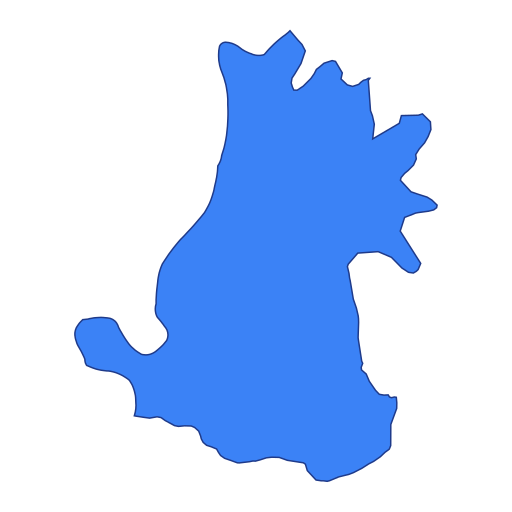 the district of Fariskur, Dumyat, Egypt
{"feature_id": "37247803B71323814972136", "entity_name": "Fariskur", "entity_type": "district", "adm_level": 2, "iso_a3": "EGY", "parent_name": "Egypt", "parent_adm1": "Dumyat", "projection": "natural_earth1", "projection_center": [31.709, 31.31], "detail": "fine", "context": "isolated", "style": "filled", "palette": "blue", "viewbox_px": 512, "rotation_deg": 0, "n_neighbors": 0, "source": "geoboundaries", "source_scale": "gbopen_adm2", "svg_char_len": 5956}
<svg xmlns="http://www.w3.org/2000/svg" viewBox="0 0 512 512"><path d="M290.0,30.7L288.3,32.4L286.7,33.7L285.1,35.0L283.1,36.4L280.9,38.1L278.5,40.1L276.2,42.1L273.9,44.2L272.8,45.3L271.7,46.4L269.5,48.6L267.5,50.8L266.4,52.1L264.3,54.5L262.8,55.0L261.6,55.2L260.3,55.4L259.1,55.4L257.8,55.4L256.6,55.3L255.3,55.1L254.1,54.8L252.9,54.5L252.0,54.1L251.1,53.7L249.7,53.3L248.1,52.6L246.5,51.9L244.9,51.1L243.4,50.2L241.9,49.3L240.5,48.2L238.9,47.0L237.7,46.1L236.4,45.4L235.1,44.7L233.8,44.1L231.8,43.3L230.4,43.0L229.0,42.6L226.4,42.3L225.3,42.2L224.2,42.4L223.1,42.7L222.1,43.3L221.5,43.7L220.9,44.2L220.4,44.8L220.0,45.4L219.6,46.1L219.5,46.5L219.1,48.7L218.8,50.6L218.7,52.5L218.6,54.5L218.6,56.4L218.7,58.3L218.8,60.3L219.1,62.2L219.3,63.1L219.6,65.0L220.1,66.9L220.4,67.8L220.6,68.8L221.3,70.6L222.4,73.5L223.3,76.0L223.8,77.2L224.5,79.7L225.2,82.3L225.6,83.6L225.9,84.8L226.4,87.4L226.8,90.0L227.2,92.6L227.4,93.9L227.6,96.6L227.8,99.2L227.8,100.5L227.8,103.1L227.8,104.7L227.9,107.1L228.0,110.9L228.0,114.7L227.9,118.6L227.8,120.5L227.6,124.3L227.5,126.2L227.1,130.0L226.8,133.0L226.5,135.6L225.8,139.7L225.5,141.2L224.9,144.2L224.2,147.2L223.8,148.7L222.9,151.6L221.7,155.4L221.4,157.4L221.1,158.8L220.9,159.4L220.7,160.1L220.2,161.5L219.6,162.7L219.3,163.4L218.6,164.6L217.8,165.9L217.6,169.3L217.4,172.0L217.0,174.8L216.6,177.5L216.3,178.8L215.8,181.5L214.9,185.3L214.2,188.6L214.0,189.8L213.4,192.2L213.0,193.4L212.3,195.8L211.5,198.2L211.1,199.4L210.2,201.7L209.7,202.9L209.2,204.0L208.1,206.2L206.9,208.4L206.3,209.5L204.5,212.6L201.3,216.6L199.6,218.6L196.1,222.7L193.7,225.5L190.9,228.6L187.3,232.4L183.7,236.3L180.7,239.3L179.9,240.2L178.6,241.7L176.1,244.7L173.6,247.8L171.2,251.0L168.8,254.2L166.6,257.5L164.4,260.8L162.4,263.9L161.7,265.5L160.9,267.5L160.2,269.5L159.6,271.5L159.3,272.5L158.8,274.6L158.6,275.7L158.2,277.8L157.9,279.9L157.8,280.9L157.6,282.9L157.2,286.3L156.8,289.6L156.5,292.9L156.3,296.3L156.1,299.6L156.1,303.9L155.8,305.0L155.5,306.2L155.4,307.4L155.3,308.1L155.3,308.7L155.3,309.8L155.4,311.1L155.5,311.7L155.7,312.9L156.0,314.1L156.4,315.2L156.6,315.8L157.4,317.3L159.3,319.5L160.9,321.4L162.4,323.4L163.2,324.4L164.7,326.6L165.6,327.6L166.1,328.5L166.6,329.3L167.1,330.3L167.2,330.7L167.5,331.7L167.8,332.7L167.8,333.2L167.9,334.2L168.0,334.8L167.9,335.8L167.8,336.8L167.7,337.3L167.5,338.3L167.3,338.8L167.0,339.7L166.5,340.7L164.7,342.9L163.3,344.6L161.8,346.1L160.2,347.6L159.4,348.3L157.8,349.7L156.1,351.1L154.6,352.2L153.0,353.1L151.4,353.8L150.3,354.2L149.2,354.5L147.4,354.8L145.9,354.9L144.5,354.8L142.7,354.6L141.4,354.3L139.6,353.2L138.0,352.2L136.4,351.1L134.8,349.9L133.4,348.6L131.9,347.3L130.5,345.9L128.9,344.0L127.1,341.5L125.3,338.9L123.6,336.2L122.8,334.9L121.2,332.1L120.4,330.8L118.9,328.0L118.4,327.0L118.3,326.5L117.9,325.5L117.7,325.0L117.2,324.1L116.7,323.2L116.1,322.4L115.8,322.0L115.1,321.2L114.3,320.6L113.9,320.3L113.5,320.0L112.6,319.4L111.7,319.0L110.3,318.4L109.3,318.2L107.3,317.9L105.2,317.7L103.1,317.5L101.0,317.4L98.9,317.5L95.7,317.7L93.7,317.9L91.6,318.3L89.7,318.6L87.9,319.1L84.0,319.5L83.2,319.6L82.8,319.6L82.0,320.4L80.8,321.6L79.7,322.8L79.2,323.4L78.7,324.1L77.8,325.4L76.9,326.8L76.2,328.0L76.0,328.6L75.6,329.6L75.3,330.7L75.2,331.2L75.1,331.8L74.9,332.9L74.9,334.0L74.9,335.1L75.1,336.5L75.2,337.3L75.5,338.9L76.0,340.5L76.5,342.0L76.7,342.8L77.3,344.3L78.0,345.7L78.8,347.1L80.0,349.2L81.2,351.3L82.3,353.5L83.4,355.8L84.4,358.0L84.9,359.4L84.9,360.2L85.0,361.1L85.2,362.1L85.4,362.9L85.6,363.4L86.0,364.2L86.4,365.0L86.8,365.5L87.4,365.7L89.7,366.7L92.7,367.9L95.9,369.0L97.9,369.5L101.1,370.2L103.3,370.5L106.5,370.9L108.8,371.0L110.6,371.3L113.3,371.9L116.0,372.7L117.8,373.4L119.5,374.1L121.2,374.9L122.9,375.8L124.5,376.8L126.1,377.8L127.7,378.9L129.4,380.3L130.1,381.4L131.0,382.9L131.5,383.7L132.3,385.2L133.0,386.9L133.3,387.7L133.9,389.4L134.4,391.1L134.6,391.9L135.0,393.6L135.4,395.4L135.5,396.3L135.6,397.2L135.7,399.0L135.8,401.6L135.9,403.6L136.0,405.4L135.9,407.1L135.8,408.9L135.5,410.6L135.4,411.5L135.0,413.2L134.8,414.0L134.3,415.8L135.8,416.1L143.6,417.3L149.6,418.1L157.1,416.8L161.1,417.6L165.1,420.5L174.5,425.6L178.5,426.4L184.6,425.8L191.3,426.0L194.7,427.5L198.7,431.1L200.6,436.0L201.3,438.9L203.2,442.4L206.6,445.3L211.3,446.8L216.6,449.0L218.6,452.6L220.6,455.5L224.6,458.3L231.3,460.6L237.3,462.8L239.3,462.9L249.5,461.7L252.9,461.0L255.5,461.1L260.3,459.8L266.4,457.8L271.8,457.2L279.2,457.4L287.3,460.3L303.4,462.8L305.4,464.2L307.3,470.6L316.0,480.0L321.3,480.8L323.4,480.8L327.2,481.3L329.6,480.7L338.7,476.9L349.1,474.3L353.5,472.6L362.0,468.2L368.7,463.9L373.6,461.4L380.4,456.7L385.0,452.3L388.2,450.0L389.3,449.1L390.7,445.6L390.8,424.5L396.7,408.4L396.8,402.8L396.3,397.3L394.3,397.0L391.5,397.7L389.5,397.0L388.2,394.9L384.0,395.1L379.3,394.3L375.5,390.3L369.3,381.3L366.2,374.0L361.5,369.9L361.2,367.3L362.7,363.3L361.7,361.2L358.3,339.3L358.1,337.5L358.6,322.4L358.5,318.8L358.2,315.9L356.4,308.1L353.3,299.1L350.2,280.7L349.6,278.1L349.0,273.4L347.4,266.6L348.2,264.2L357.8,253.1L377.4,251.7L378.3,251.7L391.4,257.3L402.0,268.1L403.6,269.1L408.3,272.2L409.0,272.4L413.4,273.0L416.3,271.3L418.1,269.6L420.7,263.4L400.2,231.1L404.6,217.4L412.9,214.2L415.5,213.1L418.1,212.6L428.5,211.2L433.7,209.9L436.6,207.7L437.1,205.1L431.8,200.0L427.1,197.1L417.7,194.1L411.0,191.8L400.4,180.3L401.1,177.5L404.6,173.4L408.0,170.6L413.5,165.1L416.3,158.9L415.7,154.6L419.1,149.1L424.6,142.8L428.1,136.6L430.9,129.6L430.4,121.8L422.4,113.9L418.3,115.2L401.4,115.6L399.3,123.3L372.7,138.9L374.3,124.2L372.4,115.7L370.5,110.7L368.3,80.4L369.8,78.3L368.3,78.3L366.2,79.6L363.5,80.3L360.8,82.3L358.7,84.4L352.6,86.4L347.3,84.9L341.9,79.8L341.0,79.0L342.3,72.9L335.5,61.4L332.1,60.6L324.0,63.2L319.9,66.7L316.4,69.4L314.3,73.6L310.9,78.5L303.3,86.1L297.2,90.2L293.8,90.1L292.5,87.2L291.2,83.0L292.0,78.1L294.8,73.9L301.0,63.5L305.3,50.9L302.0,44.5L298.0,40.2L290.9,31.8L290.0,30.7Z" fill="#3b82f6" stroke="#1e3a8a" stroke-width="1.5"/></svg>